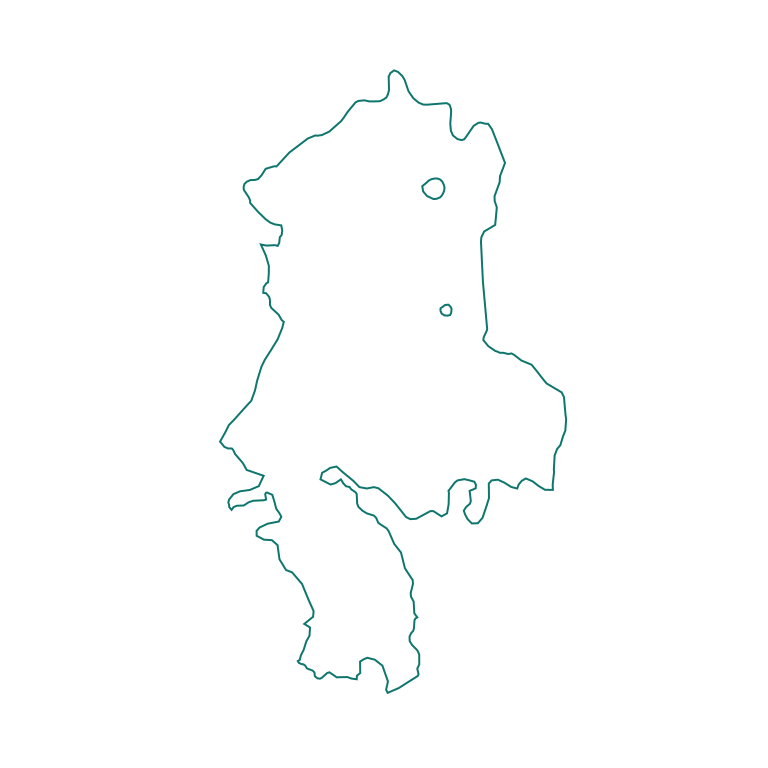 outline of Aru, Orientale, Democratic Republic of the Congo, rotated 341°
{"feature_id": "63176286B14719092717616", "entity_name": "Aru", "entity_type": "district", "adm_level": 2, "iso_a3": "COD", "parent_name": "Democratic Republic of the Congo", "parent_adm1": "Orientale", "projection": "orthographic", "projection_center": [30.488, 3.028], "detail": "fine", "context": "isolated", "style": "outline", "palette": "teal", "viewbox_px": 768, "rotation_deg": 341, "n_neighbors": 0, "source": "geoboundaries", "source_scale": "gbopen_adm2", "svg_char_len": 5491}
<svg xmlns="http://www.w3.org/2000/svg" viewBox="0 0 768 768"><g transform="rotate(341 384 384)"><path d="M509.2,539.1L510.8,533.9L516.2,522.5L516.7,520.3L522.1,507.1L526.6,501.7L530.7,499.4L533.1,496.1L536.6,491.3L540.6,486.7L540.6,486.3L544.7,476.8L545.6,472.2L549.9,454.9L549.2,449.7L540.6,439.6L538.8,437.5L537.9,436.4L536.5,432.8L532.0,419.7L529.8,413.8L521.6,406.6L516.2,398.4L514.4,396.6L511.2,396.1L507.1,393.4L503.5,392.1L502.2,390.7L499.9,388.9L494.9,382.1L492.2,374.8L493.6,372.1L498.5,367.1L499.4,365.8L510.8,319.6L522.0,281.1L523.8,277.0L528.4,272.4L540.9,269.8L547.3,255.7L548.2,253.4L548.2,250.8L548.2,247.1L549.6,242.5L551.4,240.3L559.1,230.8L561.3,225.3L570.4,214.4L569.5,189.5L569.0,178.2L567.2,171.9L564.5,170.9L560.4,168.2L558.2,167.8L552.8,169.1L542.4,176.8L539.6,178.7L536.9,178.7L533.3,176.4L533.1,176.2L530.1,171.4L529.7,166.4L531.5,159.2L536.0,148.8L536.9,145.6L536.9,141.5L536.0,140.2L534.6,138.8L515.2,133.8L512.0,132.5L508.4,129.3L504.8,123.4L502.5,115.2L502.5,103.5L502.5,103.0L501.6,98.9L498.9,93.5L495.7,90.8L491.2,92.1L488.5,94.9L484.5,107.5L482.2,111.2L479.5,113.9L476.3,114.8L472.2,115.3L467.7,113.9L462.3,112.1L457.8,109.4L451.9,108.0L448.7,108.5L438.3,114.8L432.9,118.9L428.8,121.6L416.6,126.6L414.8,127.5L406.2,128.4L401.7,127.5L399.9,126.6L391.8,127.1L369.9,134.3L353.2,143.3L351.6,142.6L351.1,142.4L342.2,142.0L336.1,146.8L332.8,148.6L331.8,149.2L329.7,149.1L328.7,149.1L324.0,147.7L320.4,148.0L317.2,149.4L315.5,151.8L314.9,153.9L314.7,154.9L317.0,163.7L317.1,166.5L317.2,167.1L316.8,168.1L316.4,169.3L321.1,180.5L325.7,189.6L329.0,194.4L329.3,194.6L332.5,197.4L338.5,200.6L338.0,204.1L337.8,205.8L337.1,207.0L335.8,209.7L334.4,210.6L333.3,211.3L330.9,216.4L328.4,218.8L327.6,218.2L326.3,217.3L321.2,215.8L318.0,214.9L316.8,214.2L313.0,212.0L314.1,224.0L313.6,234.8L311.0,242.1L307.5,250.2L306.3,250.3L305.6,250.4L305.0,250.9L301.8,253.2L299.5,258.5L300.8,259.2L302.1,259.8L303.5,263.6L303.8,264.3L303.5,267.7L301.9,272.1L302.1,274.3L302.2,275.3L302.5,275.9L306.9,284.1L308.1,290.3L308.9,291.7L309.5,292.6L306.1,297.8L298.0,307.1L287.9,315.4L279.2,322.3L273.8,327.7L270.7,331.9L265.1,339.6L260.0,348.0L253.0,356.7L250.5,358.0L247.1,359.8L230.8,368.9L224.0,372.3L217.9,378.3L210.2,385.1L210.8,386.6L212.3,390.7L212.6,391.5L215.6,394.2L219.1,395.4L219.9,397.0L220.4,401.8L223.5,409.5L224.8,412.9L225.5,416.7L226.2,420.6L228.3,422.2L240.3,431.6L232.4,439.8L222.6,440.5L213.1,438.6L205.8,439.1L199.9,442.8L198.2,445.4L198.2,448.0L197.6,450.0L198.9,453.4L201.8,451.4L204.2,451.3L205.2,451.2L211.8,453.2L213.5,452.8L217.3,451.8L222.2,451.8L222.6,451.9L224.3,452.4L232.6,454.8L234.9,454.9L235.0,454.4L235.8,449.5L236.9,448.5L238.0,448.5L242.3,452.4L242.1,459.1L241.5,467.0L243.1,472.3L243.7,476.1L239.7,479.8L228.5,478.2L219.6,479.2L215.7,481.4L214.2,486.1L219.8,492.1L227.1,495.1L230.9,501.7L228.1,515.7L230.8,528.0L235.8,532.2L241.4,546.4L242.4,563.4L243.5,575.8L241.2,581.0L230.5,584.9L234.8,590.1L231.6,597.8L226.8,602.0L221.5,609.2L217.0,613.6L215.5,615.9L214.7,617.3L213.6,617.6L212.3,617.9L212.7,619.9L214.5,621.7L216.6,622.9L217.3,623.9L217.9,624.8L218.2,626.2L218.5,627.8L223.3,631.8L224.3,634.2L223.5,637.7L225.1,640.5L227.5,641.8L229.4,641.6L232.1,640.5L236.1,638.8L238.5,638.8L242.6,644.3L242.9,644.7L243.7,645.9L244.1,646.0L253.4,649.0L253.7,649.0L256.6,651.3L257.3,651.9L262.1,654.3L263.4,651.0L267.4,649.6L271.0,638.7L274.5,637.8L279.0,637.4L285.6,641.7L290.8,649.8L290.9,666.5L286.5,673.7L286.9,677.2L299.0,676.3L309.3,673.8L319.1,671.5L321.0,671.0L322.2,669.6L322.8,664.0L326.1,660.5L327.9,655.1L329.1,651.7L329.2,649.6L329.1,648.9L328.7,646.4L325.6,640.0L324.6,635.5L325.2,633.4L326.0,631.0L328.1,628.9L328.6,628.4L329.5,627.9L331.2,627.0L332.8,624.7L335.9,617.3L336.6,616.6L337.4,616.0L338.4,615.7L339.5,615.5L338.0,610.7L341.0,600.1L341.0,599.9L341.2,599.4L340.3,594.0L341.1,590.5L341.8,589.4L346.4,582.3L346.9,580.2L347.3,578.4L346.9,577.2L346.7,576.6L345.8,573.1L343.8,565.0L345.2,548.9L341.6,538.5L340.5,524.6L339.5,521.4L334.2,514.7L333.6,513.6L333.3,512.9L333.2,510.4L333.0,508.0L331.6,505.1L329.0,503.2L325.6,500.7L322.4,496.8L320.7,493.6L319.8,491.9L319.7,488.3L322.4,479.0L321.9,477.2L320.6,475.4L318.7,472.9L318.4,472.0L317.9,470.2L314.8,468.3L313.2,464.8L313.2,464.7L312.2,460.1L306.0,461.9L305.1,461.9L300.7,461.6L292.9,453.5L296.6,447.8L301.4,447.0L305.8,445.8L312.3,446.6L316.4,454.1L321.1,461.7L323.7,466.0L327.2,473.5L333.7,477.2L340.8,478.2L344.8,480.8L351.3,490.8L355.6,500.2L358.8,509.2L361.5,516.9L364.8,520.3L370.5,521.9L386.6,519.3L389.3,520.3L393.5,525.6L395.3,527.9L401.5,526.8L405.9,518.9L409.9,508.2L410.2,506.0L411.0,505.5L419.1,500.1L422.1,499.1L423.7,499.3L429.1,500.2L433.7,503.1L437.6,505.8L438.1,509.3L436.7,512.5L434.1,512.7L430.2,512.9L428.0,522.9L426.3,525.2L421.5,527.1L418.2,529.8L418.2,533.7L419.0,538.9L421.6,544.4L427.4,546.2L433.5,542.7L440.5,533.7L446.1,526.1L450.7,512.2L454.4,510.2L460.6,511.6L465.7,516.5L470.7,522.7L475.9,526.2L478.6,522.9L482.7,520.4L487.4,519.5L490.9,522.7L492.9,524.5L496.8,530.5L501.7,536.4L509.2,539.1ZM483.7,214.7L484.6,209.4L489.3,207.7L492.6,206.2L495.8,205.8L499.8,206.4L502.3,207.7L503.6,208.9L505.0,211.5L505.4,215.0L505.2,217.9L503.8,220.9L502.0,222.9L500.1,224.6L497.9,225.8L493.9,226.0L491.1,225.3L485.9,220.3L483.7,214.7ZM464.8,330.1L467.3,329.2L470.6,329.9L471.5,331.3L472.3,333.5L472.2,335.3L471.3,337.3L470.4,338.9L468.9,340.3L466.1,340.0L463.3,338.6L461.4,336.2L461.3,332.8L462.2,330.8L464.8,330.1Z" fill="none" stroke="#0f766e" stroke-width="2"/></g></svg>